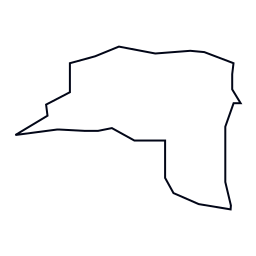 Dongjak-gu, Seoul, South Korea (Natural Earth projection)
{"feature_id": "91817680B72690271662871", "entity_name": "Dongjak-gu", "entity_type": "district", "adm_level": 2, "iso_a3": "KOR", "parent_name": "South Korea", "parent_adm1": "Seoul", "projection": "natural_earth1", "projection_center": [126.961, 37.485], "detail": "fine", "context": "isolated", "style": "outline", "palette": "ink", "viewbox_px": 256, "rotation_deg": 0, "n_neighbors": 0, "source": "geoboundaries", "source_scale": "gbopen_adm2", "svg_char_len": 536}
<svg xmlns="http://www.w3.org/2000/svg" viewBox="0 0 256 256"><path d="M233.5,63.2L204.3,52.1L190.3,50.8L155.3,53.5L118.9,46.6L95.1,56.3L69.9,63.2L69.9,92.2L46.1,104.6L47.5,115.7L15.4,135.0L57.3,129.5L58.3,129.5L58.7,129.5L85.3,130.9L96.5,130.9L97.9,130.9L110.9,128.3L111.9,128.1L134.3,140.5L163.7,140.5L165.1,140.5L165.1,177.9L173.5,193.1L198.7,204.1L230.6,209.4L230.9,205.5L225.3,182.0L225.3,164.0L225.3,141.9L225.3,126.7L233.6,103.2L240.6,103.2L232.2,89.4L232.2,74.2L233.5,63.2Z" fill="none" stroke="#020617" stroke-width="2"/></svg>